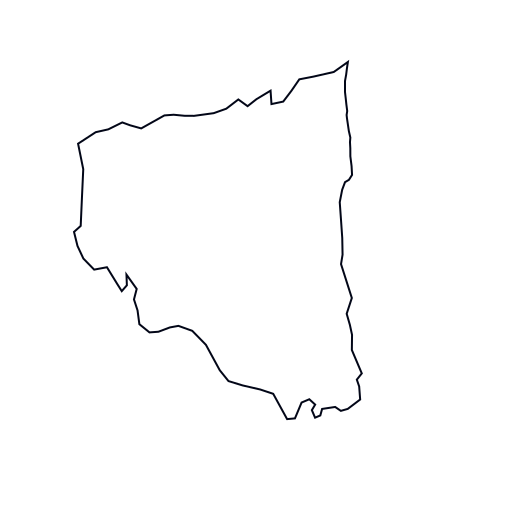 the district of Loutros, Cyprus, rotated 67°
{"feature_id": "46923920B13222892315728", "entity_name": "Loutros", "entity_type": "district", "adm_level": 2, "iso_a3": "CYP", "parent_name": "Cyprus", "parent_adm1": "", "projection": "robinson", "projection_center": [32.761, 35.157], "detail": "fine", "context": "isolated", "style": "outline", "palette": "ink", "viewbox_px": 512, "rotation_deg": 67, "n_neighbors": 0, "source": "geoboundaries", "source_scale": "gbopen_adm2", "svg_char_len": 1342}
<svg xmlns="http://www.w3.org/2000/svg" viewBox="0 0 512 512"><g transform="rotate(67 256 256)"><path d="M432.6,231.3L428.8,216.2L416.4,212.0L409.2,211.5L405.4,204.5L380.0,204.5L366.1,198.4L356.1,196.5L344.6,195.1L332.1,184.2L296.7,180.9L288.6,175.8L273.2,169.6L257.0,164.0L239.2,157.9L228.7,150.8L222.8,145.2L222.2,140.7L218.9,135.9L210.6,132.9L201.1,130.2L193.7,127.1L187.9,125.0L183.9,122.9L177.2,121.7L169.2,119.6L164.6,118.4L161.6,117.5L158.2,115.4L151.8,113.6L146.9,112.1L139.8,110.0L134.9,107.9L129.7,105.7L124.2,102.1L119.0,99.1L113.3,95.6L117.0,112.5L113.3,133.1L110.3,147.1L117.8,158.9L124.5,170.6L122.2,182.4L109.5,178.0L111.8,194.2L114.8,205.2L105.0,211.1L108.8,225.8L108.0,239.1L105.8,247.2L102.8,258.2L99.0,267.0L93.8,276.6L90.8,285.4L93.7,311.8L86.5,320.8L80.8,326.9L81.7,342.5L79.4,355.2L83.1,375.9L108.6,381.1L135.7,394.1L159.8,405.6L162.7,414.1L177.0,416.4L190.9,415.9L205.3,410.3L208.1,397.6L227.3,394.7L235.9,393.3L232.5,386.3L222.5,382.5L239.7,378.7L248.3,385.3L259.8,386.3L273.2,390.0L284.7,383.9L287.6,375.4L288.1,363.2L290.0,354.7L300.0,343.9L318.2,336.8L347.0,334.0L360.4,330.2L369.9,318.9L380.5,304.3L389.6,294.0L418.3,291.1L420.7,283.6L408.7,271.3L408.7,262.9L415.9,259.6L419.7,264.8L427.9,264.8L427.9,259.1L422.6,254.9L425.9,242.1L431.7,238.4L432.6,231.3Z" fill="none" stroke="#020617" stroke-width="2"/></g></svg>